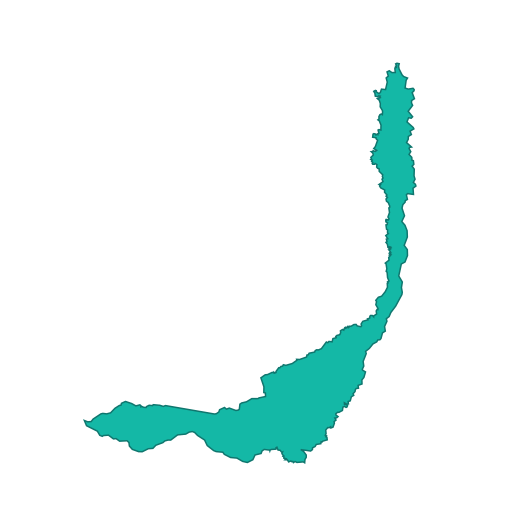 Restrepo, Meta, Colombia (Robinson projection), rotated 277°
{"feature_id": "7082276B24108875707183", "entity_name": "Restrepo", "entity_type": "district", "adm_level": 2, "iso_a3": "COL", "parent_name": "Colombia", "parent_adm1": "Meta", "projection": "robinson", "projection_center": [-73.4, 4.296], "detail": "fine", "context": "isolated", "style": "filled", "palette": "teal", "viewbox_px": 512, "rotation_deg": 277, "n_neighbors": 0, "source": "geoboundaries", "source_scale": "gbopen_adm2", "svg_char_len": 6040}
<svg xmlns="http://www.w3.org/2000/svg" viewBox="0 0 512 512"><g transform="rotate(277 256 256)"><path d="M71.8,105.7L66.9,108.5L62.8,119.9L59.0,122.8L58.3,125.4L59.2,126.5L60.2,131.4L57.1,136.8L57.7,139.4L55.6,143.2L56.9,150.5L55.4,152.6L51.9,153.5L49.0,156.8L47.5,163.4L47.9,167.0L51.6,172.6L52.5,177.1L56.0,179.7L59.4,186.3L61.3,188.0L62.6,191.1L62.9,193.8L68.9,200.0L70.7,208.0L73.1,211.2L74.0,214.2L73.4,216.6L70.8,219.8L67.1,227.4L61.9,230.7L57.7,237.7L57.0,240.3L57.2,247.0L55.3,248.7L52.9,255.3L53.1,261.7L50.5,267.8L50.0,272.6L53.4,277.7L58.4,279.3L60.6,285.1L63.3,285.8L65.0,287.7L65.0,293.2L64.3,293.5L65.3,293.7L65.9,295.0L66.7,299.3L68.2,299.2L68.8,300.1L66.1,301.5L66.1,303.6L64.2,305.6L64.6,306.2L63.0,305.8L61.3,307.4L60.7,307.2L60.9,308.0L58.7,308.3L58.5,310.5L57.3,309.6L57.5,312.0L55.6,313.5L56.8,315.6L56.2,316.6L56.6,317.6L55.5,318.3L56.8,319.8L56.1,321.8L57.4,328.0L56.7,329.5L60.0,329.4L62.3,330.4L64.6,330.1L67.9,327.0L69.3,324.0L69.1,334.0L70.7,335.6L72.5,335.5L74.1,337.9L76.3,338.8L77.6,343.2L79.6,343.3L79.4,344.2L80.4,344.9L82.2,349.1L84.7,348.5L85.1,347.3L86.1,347.9L86.5,346.6L88.2,347.2L91.8,346.4L94.5,348.2L94.4,349.4L95.7,350.9L94.4,351.3L95.5,353.3L99.6,354.2L101.1,353.7L102.9,355.4L104.8,354.0L105.2,355.8L106.6,357.0L107.9,354.8L109.1,354.4L110.8,356.0L110.9,357.3L113.2,360.6L116.6,360.7L117.5,362.1L116.7,363.8L117.1,364.6L118.6,365.1L119.6,363.8L119.5,361.9L121.1,361.6L120.0,364.0L120.4,365.8L122.8,365.2L123.7,367.2L127.9,367.8L129.6,370.0L131.1,369.1L133.5,370.8L135.5,370.9L136.7,371.6L137.3,373.8L140.0,373.1L141.9,376.8L145.9,376.2L148.6,377.9L154.3,378.8L155.7,375.7L156.5,375.3L159.9,376.4L164.4,375.2L172.6,377.3L174.7,376.4L178.0,379.7L183.0,382.8L185.5,386.3L187.5,387.1L188.0,389.2L189.3,390.1L195.1,390.9L197.2,393.5L201.7,392.2L207.2,393.9L209.6,393.0L212.1,395.5L216.3,396.7L223.2,400.7L235.5,405.5L237.8,405.6L242.4,404.2L248.0,404.4L253.6,400.1L265.8,401.2L268.2,404.6L274.9,406.3L280.8,405.4L284.6,401.8L293.3,403.9L299.5,402.9L304.7,400.1L308.0,396.5L314.0,398.5L321.3,395.1L324.9,395.5L327.5,397.4L329.1,397.4L330.6,399.4L335.1,397.8L336.4,398.9L336.3,404.8L342.4,403.6L344.9,406.2L346.6,405.5L348.2,403.2L351.6,404.5L354.8,403.1L361.5,402.5L364.2,400.0L366.2,401.5L369.8,400.6L370.1,399.1L372.9,398.6L375.5,395.5L378.4,396.9L381.4,394.8L382.5,395.2L383.1,397.1L386.9,391.6L390.5,392.9L393.2,392.6L395.5,395.4L398.7,393.7L401.4,397.2L402.7,396.4L407.5,389.5L411.8,390.6L411.7,393.3L413.3,394.5L418.2,389.4L424.6,393.1L426.8,391.7L429.3,391.5L431.4,394.1L437.2,391.1L439.2,392.7L440.5,392.7L441.6,391.4L440.2,386.8L440.9,383.5L448.7,383.6L451.1,384.7L452.1,380.7L453.6,378.9L459.1,375.2L461.8,374.4L464.3,374.7L464.5,372.4L463.7,371.2L461.9,372.4L461.3,371.4L460.2,372.3L459.8,371.1L458.8,371.0L455.1,371.9L454.6,368.6L456.1,365.7L454.7,363.6L450.7,365.4L448.6,363.5L444.6,365.1L437.0,364.3L436.9,360.2L433.5,359.5L432.2,358.3L433.7,355.2L434.7,355.2L434.9,354.3L433.8,352.8L432.0,354.2L429.2,354.9L428.9,357.6L429.9,358.2L429.8,359.8L428.8,359.4L428.3,360.0L427.0,357.3L425.7,359.3L422.6,360.8L419.2,361.1L415.7,363.8L414.2,364.1L411.7,364.2L412.2,363.0L411.4,361.8L409.3,361.0L407.1,361.4L406.0,360.4L405.2,361.9L401.2,364.1L396.2,364.6L396.5,362.7L395.9,361.8L392.7,363.0L392.2,362.1L391.3,362.1L391.8,361.3L390.7,360.3L391.7,359.5L391.8,358.0L391.2,357.3L388.1,357.3L388.0,360.7L387.0,360.9L385.7,362.6L379.1,361.1L377.0,359.8L375.6,362.9L374.3,361.6L374.8,359.4L373.9,359.3L373.6,357.7L372.2,359.5L370.5,360.1L367.9,358.0L366.4,358.8L365.8,358.2L365.3,359.7L364.0,359.2L363.1,360.5L361.9,360.1L361.3,360.7L361.5,362.5L362.3,362.9L361.5,364.9L359.0,364.9L357.9,366.0L357.5,367.6L355.0,368.0L352.0,371.9L350.3,371.7L348.9,372.6L347.6,371.7L345.3,373.0L342.1,369.5L341.9,370.9L340.6,370.1L338.8,371.5L337.2,375.7L335.0,375.8L332.5,378.5L331.2,377.8L330.2,379.3L328.4,378.1L326.3,378.8L325.2,380.7L322.1,382.5L320.8,382.8L319.9,382.0L315.4,383.2L310.8,382.2L309.1,383.5L307.9,383.0L308.1,381.9L307.4,381.4L308.1,380.7L307.5,380.4L305.7,380.8L304.9,383.1L304.9,382.3L303.2,382.4L302.7,381.2L298.5,382.3L298.1,383.4L295.1,383.7L294.4,384.6L292.1,382.3L289.2,384.7L288.6,383.3L286.2,384.3L285.4,383.3L283.6,385.0L280.6,385.9L280.3,386.9L281.2,386.5L281.5,387.8L281.1,388.9L279.2,387.2L279.2,388.6L278.0,387.4L276.7,388.8L275.2,388.0L275.3,389.4L273.4,388.3L273.5,389.7L270.7,387.9L268.1,388.5L264.7,385.2L264.2,386.0L259.3,387.4L256.6,387.1L255.9,388.1L250.6,389.2L247.4,391.0L246.4,389.7L245.4,390.4L244.9,389.6L241.0,390.3L236.3,388.6L231.4,385.6L230.0,382.5L226.6,380.3L225.4,381.2L222.2,380.9L218.8,383.5L217.6,383.5L217.7,382.7L216.1,382.0L213.1,382.8L210.8,380.0L210.1,380.1L211.1,378.9L211.0,377.1L210.2,376.4L208.2,376.4L207.2,374.3L206.3,374.9L204.2,370.0L201.3,368.6L199.6,369.3L198.6,368.7L198.9,365.0L200.3,363.7L199.9,361.5L197.8,358.9L197.8,357.6L196.5,356.8L197.2,356.1L196.4,356.0L196.8,355.4L195.9,354.9L196.3,353.8L195.8,353.0L195.2,353.7L194.3,352.2L193.1,352.1L193.6,350.8L192.0,348.9L190.3,349.4L188.1,348.7L187.0,345.9L186.0,345.1L186.4,344.7L184.7,345.6L183.4,342.4L180.1,342.0L180.1,338.8L178.7,337.8L179.2,336.3L172.0,332.2L170.4,329.5L170.3,327.6L169.3,326.3L167.8,325.9L166.0,320.6L164.3,319.9L163.9,318.6L161.9,318.5L158.6,311.9L158.4,308.9L157.5,309.3L153.7,305.1L151.1,299.0L151.4,296.4L149.9,295.8L149.4,294.2L147.9,293.2L147.9,292.2L143.8,289.9L142.8,290.1L142.2,289.0L142.8,288.0L142.1,288.1L142.5,286.3L139.7,281.9L139.2,279.6L135.7,275.7L127.1,279.8L121.4,280.4L121.2,282.0L117.7,282.6L115.5,276.2L114.7,275.4L113.9,269.2L110.1,264.3L108.4,259.7L107.0,258.1L101.8,258.1L100.9,257.2L100.2,254.9L101.8,248.0L100.4,245.3L101.8,243.2L99.0,238.6L96.6,238.1L94.6,235.8L94.1,234.0L96.5,184.4L95.4,182.3L96.1,178.7L95.9,172.1L94.9,171.6L94.8,168.1L93.2,165.7L92.3,165.5L92.1,163.1L92.7,161.1L92.3,160.1L93.3,160.1L94.1,158.9L92.6,155.0L94.4,150.6L95.7,144.2L93.4,140.4L91.5,140.2L91.0,138.6L87.7,134.6L82.6,130.8L81.1,127.0L81.1,123.1L80.4,121.3L74.3,114.2L71.6,112.6L70.9,109.2L71.8,105.7Z" fill="#14b8a6" stroke="#0f766e" stroke-width="1.5"/></g></svg>